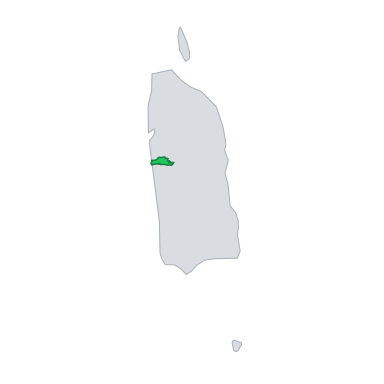 Vega Alta, Puerto Rico (highlighted), rotated 261°
{"feature_id": "32010507B37384670628479", "entity_name": "Vega Alta", "entity_type": "district", "adm_level": 2, "iso_a3": "PRI", "parent_name": "Puerto Rico", "parent_adm1": "", "projection": "robinson", "projection_center": [-66.341, 18.408], "detail": "fine", "context": "in_parent", "style": "filled", "palette": "green", "viewbox_px": 384, "rotation_deg": 261, "n_neighbors": 0, "source": "geoboundaries", "source_scale": "gbopen_adm2", "svg_char_len": 2472}
<svg xmlns="http://www.w3.org/2000/svg" viewBox="0 0 384 384"><g transform="rotate(261 192 192)"><path d="M252.6,161.9L256.4,164.7L260.2,164.3L257.2,158.5L259.9,158.5L283.8,162.1L299.1,168.1L314.9,171.0L315.9,190.9L303.8,198.9L295.8,207.2L289.4,217.4L272.4,229.3L251.9,232.8L238.2,233.1L233.1,232.8L228.1,230.7L217.8,232.7L205.1,227.5L194.2,228.8L172.5,227.5L164.4,232.0L156.6,233.1L149.0,232.2L142.5,230.2L126.4,230.4L119.6,226.4L122.5,203.8L122.7,193.5L118.8,185.0L114.4,179.7L111.3,173.4L117.6,169.3L122.8,163.2L124.5,154.1L130.2,151.9L136.8,150.9L167.5,155.1L245.2,157.5L249.6,158.2L252.6,161.9ZM340.3,210.5L330.5,211.4L324.1,210.2L322.0,205.9L333.8,202.0L347.7,202.5L355.6,204.9L356.5,206.5L340.3,210.5ZM35.5,217.0L34.3,217.2L33.2,217.0L32.6,216.6L31.8,215.3L28.3,213.2L27.5,211.2L28.3,209.1L29.7,208.3L36.9,208.1L37.7,208.3L39.1,209.7L39.1,210.7L38.4,211.7L37.1,214.2L36.6,214.8L36.2,215.5L36.0,216.6L35.5,217.0Z" fill="#d9dde1" stroke="#a8b0b8" stroke-width="1"/><path d="M230.9,170.6L230.9,166.8L230.9,166.4L231.1,165.9L231.4,165.4L231.4,164.9L231.3,164.7L231.2,164.5L231.2,164.4L231.1,163.7L230.3,163.5L229.8,162.7L229.7,162.5L229.6,162.2L229.4,161.7L229.2,161.1L229.4,158.3L229.5,157.6L229.5,157.3L229.3,157.4L229.1,157.5L229.0,157.4L228.6,157.2L228.2,157.0L227.8,156.7L227.7,156.6L227.4,156.4L226.9,156.0L226.6,156.1L226.4,156.1L226.3,156.7L226.2,156.7L225.8,156.7L225.2,156.4L225.2,157.3L225.2,157.9L225.3,159.7L225.3,159.8L225.3,160.0L225.3,161.0L225.3,161.4L225.3,161.5L225.1,162.2L224.9,162.9L224.7,163.9L224.7,164.0L224.9,164.1L225.0,164.0L225.4,164.1L225.0,164.6L224.8,164.6L224.6,164.7L224.3,165.0L224.2,165.2L224.0,165.3L223.9,166.5L223.9,167.3L223.5,169.0L223.4,169.7L223.4,169.8L223.3,170.1L223.1,170.5L222.7,171.0L222.5,171.8L222.4,172.2L222.2,172.4L222.3,173.0L222.2,173.2L222.2,173.7L222.3,174.0L222.3,174.4L222.0,174.7L221.9,174.8L221.9,175.5L221.6,175.9L221.8,176.3L222.1,176.3L222.1,176.6L222.4,176.9L222.5,177.2L223.0,177.6L223.2,177.9L223.8,177.9L224.0,178.3L224.1,178.1L224.2,177.5L224.2,177.2L224.2,176.5L224.3,176.2L224.5,175.9L225.3,175.5L225.3,175.4L224.9,174.9L224.5,174.8L224.5,174.1L224.8,173.9L225.1,173.9L225.4,174.0L226.0,174.4L226.3,174.4L226.2,173.7L226.4,173.5L226.5,173.1L226.6,172.9L227.2,172.9L227.2,173.1L227.7,173.0L227.8,173.1L228.1,173.2L228.4,173.1L228.6,173.4L228.7,173.2L229.0,173.0L229.0,172.4L229.3,171.9L229.6,171.1L229.9,171.1L230.5,170.6L230.9,170.6Z" fill="#22c55e" stroke="#15803d" stroke-width="1.5"/></g></svg>